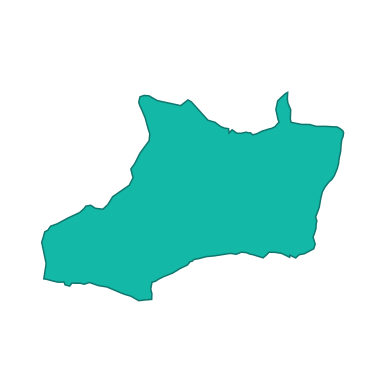 Olamaboro, Kogi, Nigeria (orthographic projection), rotated 173°
{"feature_id": "59680162B45171834970391", "entity_name": "Olamaboro", "entity_type": "district", "adm_level": 2, "iso_a3": "NGA", "parent_name": "Nigeria", "parent_adm1": "Kogi", "projection": "orthographic", "projection_center": [7.511, 7.182], "detail": "fine", "context": "isolated", "style": "filled", "palette": "teal", "viewbox_px": 384, "rotation_deg": 173, "n_neighbors": 0, "source": "geoboundaries", "source_scale": "gbopen_adm2", "svg_char_len": 2295}
<svg xmlns="http://www.w3.org/2000/svg" viewBox="0 0 384 384"><g transform="rotate(173 192 192)"><path d="M330.0,118.2L329.3,115.3L324.9,113.5L322.2,116.3L319.9,115.8L314.2,115.1L310.1,113.6L304.9,114.7L296.3,110.5L288.0,108.1L275.2,100.7L271.7,98.8L265.5,96.1L258.0,90.6L252.0,90.6L245.1,90.3L244.2,95.9L244.8,100.7L242.7,107.3L239.4,107.8L235.6,109.6L230.9,111.3L225.7,112.7L221.1,113.9L213.2,117.5L205.5,120.1L202.4,123.0L200.1,123.4L198.3,124.8L193.2,125.1L185.9,126.1L177.0,125.9L167.9,126.2L161.5,126.4L155.6,124.8L150.2,126.3L145.2,125.1L142.3,123.4L138.5,122.1L134.2,120.1L129.4,118.0L125.7,120.5L122.9,122.8L117.0,122.0L110.6,120.2L103.0,115.3L102.6,117.4L97.1,113.9L93.6,116.6L87.8,117.1L78.1,120.8L76.1,125.1L77.3,132.7L75.6,135.8L73.4,140.7L72.8,144.4L72.6,145.3L71.6,148.0L72.4,152.0L70.0,156.5L67.6,161.3L67.4,161.9L65.0,169.8L62.6,176.3L59.4,180.7L55.0,185.2L51.7,187.4L48.7,191.0L45.1,197.3L43.1,202.2L42.5,205.0L41.5,208.6L40.1,212.3L39.3,215.1L38.3,220.6L36.9,225.8L35.3,228.7L34.3,232.3L34.9,234.5L37.5,237.0L39.9,238.8L52.1,241.0L60.8,242.0L67.0,244.7L74.9,245.7L85.2,249.1L85.5,252.7L84.0,261.5L86.0,268.7L86.0,272.8L84.9,279.2L87.2,278.3L92.5,274.6L95.8,272.0L96.6,269.8L98.7,263.7L98.4,260.5L98.1,257.3L98.1,257.2L97.8,253.6L97.1,250.8L101.8,246.6L103.1,246.2L105.5,245.4L107.8,245.2L109.4,244.9L115.3,243.8L120.1,242.1L121.1,241.8L122.6,241.6L123.3,241.6L124.6,241.3L125.2,241.9L126.1,242.8L126.4,243.3L126.8,243.6L127.0,243.7L128.7,243.8L131.0,244.8L135.8,244.3L140.2,244.8L142.0,246.5L142.4,246.8L144.6,248.9L148.1,246.0L148.0,250.4L151.8,251.4L155.5,253.4L160.7,258.4L167.4,261.3L168.1,262.3L175.6,272.9L178.6,277.2L181.8,281.7L184.8,283.9L192.7,279.1L215.4,287.0L223.0,292.7L227.8,293.7L230.7,293.1L231.9,292.9L233.4,289.3L233.9,287.0L233.2,283.9L231.4,278.3L229.4,271.1L228.6,265.5L227.6,258.8L226.8,255.0L228.3,248.1L233.9,242.2L236.0,240.0L238.5,237.3L240.5,234.5L245.4,227.1L247.5,224.8L249.2,223.0L249.9,222.2L248.8,213.3L253.4,206.4L271.3,197.0L277.1,189.7L282.6,185.8L289.9,187.6L294.2,191.2L299.1,190.9L301.2,188.7L306.0,185.3L318.5,181.2L329.4,176.9L336.5,175.3L339.8,171.6L343.0,170.4L345.3,164.9L347.3,160.4L345.5,138.6L346.5,135.1L349.7,123.8L347.2,123.2L342.9,121.4L336.3,118.9L330.0,118.2Z" fill="#14b8a6" stroke="#0f766e" stroke-width="1.5"/></g></svg>